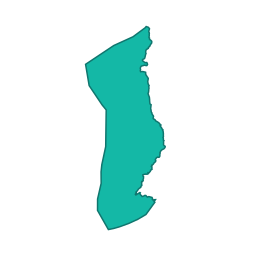 outline of Goma, Nord-Kivu, Democratic Republic of the Congo, rotated 227°
{"feature_id": "63176286B45383896961526", "entity_name": "Goma", "entity_type": "district", "adm_level": 2, "iso_a3": "COD", "parent_name": "Democratic Republic of the Congo", "parent_adm1": "Nord-Kivu", "projection": "equal_earth", "projection_center": [29.189, -1.656], "detail": "fine", "context": "isolated", "style": "filled", "palette": "teal", "viewbox_px": 256, "rotation_deg": 227, "n_neighbors": 0, "source": "geoboundaries", "source_scale": "gbopen_adm2", "svg_char_len": 2962}
<svg xmlns="http://www.w3.org/2000/svg" viewBox="0 0 256 256"><g transform="rotate(227 128 128)"><path d="M189.8,210.5L189.6,208.9L191.3,193.9L198.0,173.9L203.5,140.4L185.5,128.5L162.4,124.8L156.1,124.4L129.6,99.0L119.0,83.8L114.3,78.4L105.8,70.6L96.8,57.3L88.5,49.5L67.1,44.4L64.3,49.0L61.5,54.5L57.5,64.0L54.5,73.1L52.5,82.1L55.4,97.0L56.0,96.9L56.7,97.1L56.7,98.3L56.9,99.2L57.6,98.4L58.3,97.2L59.2,97.1L59.8,97.9L60.9,98.2L62.1,97.4L63.2,96.8L63.8,96.2L64.2,95.1L65.3,94.9L65.7,95.0L66.5,95.0L67.2,94.4L67.6,92.8L68.2,91.6L69.4,91.7L70.8,91.6L72.0,92.0L72.2,92.8L72.7,92.7L73.0,91.3L73.4,89.2L73.7,88.1L74.4,88.1L74.7,88.6L74.6,89.6L75.2,90.1L75.7,90.1L75.7,92.2L76.2,93.7L76.2,95.3L76.0,96.0L75.9,96.9L76.5,97.5L76.5,98.6L76.8,99.3L77.5,99.4L78.4,100.5L78.9,100.7L79.5,101.5L79.0,101.9L79.1,103.2L79.9,103.6L80.4,104.7L81.3,105.7L81.8,106.2L82.4,106.1L83.6,106.9L83.3,107.8L82.5,109.1L81.1,110.6L80.8,111.5L81.6,112.1L80.9,112.5L81.1,114.7L81.4,115.4L81.8,115.9L81.5,116.6L81.5,117.6L82.1,117.7L82.9,118.7L83.9,118.8L83.9,119.7L84.6,119.9L84.3,121.0L84.3,122.0L84.7,123.3L84.6,125.2L85.2,126.1L86.1,126.2L86.5,127.1L86.8,128.6L86.6,129.7L85.8,130.3L85.4,130.8L85.5,131.7L86.1,132.5L87.0,133.3L87.7,134.4L88.1,134.5L88.6,135.6L88.9,136.7L88.9,137.7L88.7,138.8L88.3,139.9L88.4,141.2L88.6,141.9L89.0,142.5L89.3,142.7L90.3,142.4L91.4,142.5L91.9,142.9L92.3,143.4L92.7,143.7L93.1,144.1L93.4,144.3L93.8,144.7L94.3,145.7L94.9,145.5L95.3,145.9L96.6,147.0L97.3,147.2L97.5,148.0L98.6,148.9L99.2,149.5L99.7,150.0L100.9,150.9L101.9,151.6L102.5,151.6L102.8,152.3L104.1,152.3L105.3,152.7L106.5,152.8L107.6,153.0L107.5,153.6L107.7,154.1L108.4,153.8L109.3,154.1L110.2,154.1L111.0,154.1L112.0,153.8L113.2,153.5L114.4,153.1L115.6,153.4L116.9,153.1L117.4,152.8L118.1,153.1L119.2,154.7L120.3,154.9L121.1,155.0L122.0,155.2L122.7,155.8L123.3,155.8L124.1,156.1L125.7,157.3L126.2,157.4L126.9,158.0L129.3,160.8L130.7,160.5L133.2,162.4L133.9,163.1L134.5,163.5L135.2,164.1L136.1,164.7L137.4,165.2L139.6,166.2L140.1,167.3L141.0,168.4L142.1,169.5L142.7,170.4L143.7,171.1L144.3,171.5L144.5,172.3L145.8,172.6L146.7,172.9L147.6,173.5L148.5,174.1L150.3,176.5L151.4,176.9L152.9,177.0L154.0,177.4L154.8,177.3L155.4,177.7L156.2,178.5L156.8,178.9L159.1,177.4L160.0,176.4L160.6,175.6L161.6,176.1L162.1,177.0L163.3,177.7L163.9,178.6L164.2,179.9L163.1,182.0L162.8,182.8L162.0,183.3L161.6,183.6L161.2,183.9L160.9,184.2L160.8,184.5L161.2,185.7L162.0,186.1L163.0,186.4L163.5,186.0L164.1,185.2L164.4,184.9L166.0,184.8L167.1,184.5L167.9,184.9L168.0,185.9L167.6,187.0L167.7,187.9L168.8,189.6L169.7,190.9L170.2,192.0L171.0,192.3L171.8,193.1L172.5,193.8L172.8,195.1L172.4,197.2L173.0,197.8L172.9,199.6L173.3,200.2L173.9,202.5L174.0,203.3L174.6,203.9L175.2,204.5L176.6,204.5L177.5,204.3L178.6,204.4L179.1,205.1L179.9,205.1L181.4,206.9L181.9,207.2L182.6,208.1L183.4,208.6L184.1,208.7L184.8,209.5L185.6,210.9L185.9,211.4L187.7,211.6L189.8,210.5Z" fill="#14b8a6" stroke="#0f766e" stroke-width="1.5"/></g></svg>